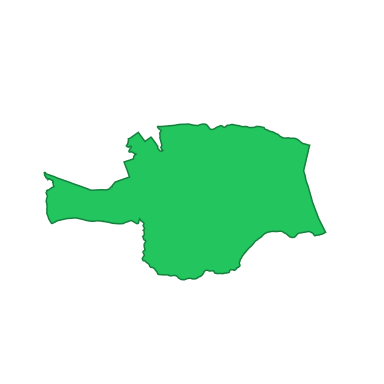 outline of Curtea, Timis, Romania, rotated 34°
{"feature_id": "2599482B40469998650222", "entity_name": "Curtea", "entity_type": "district", "adm_level": 2, "iso_a3": "ROU", "parent_name": "Romania", "parent_adm1": "Timis", "projection": "albers", "projection_center": [22.328, 45.846], "detail": "fine", "context": "isolated", "style": "filled", "palette": "green", "viewbox_px": 384, "rotation_deg": 34, "n_neighbors": 0, "source": "geoboundaries", "source_scale": "gbopen_adm2", "svg_char_len": 6040}
<svg xmlns="http://www.w3.org/2000/svg" viewBox="0 0 384 384"><g transform="rotate(34 192 192)"><path d="M246.0,257.6L246.7,256.0L247.0,253.6L246.8,252.0L246.6,251.4L246.8,250.3L247.2,249.2L247.6,248.8L248.9,248.1L249.8,248.0L249.8,247.9L250.9,247.6L253.8,245.3L254.5,245.5L256.0,246.4L256.7,246.4L257.2,245.9L258.3,245.7L260.7,243.9L263.3,242.4L264.9,240.6L266.6,239.3L267.5,238.1L267.8,237.5L267.3,236.4L267.3,235.8L267.5,235.0L267.9,234.5L268.9,233.8L270.5,233.5L271.1,233.1L271.5,232.4L271.8,230.5L271.8,230.1L271.6,229.8L271.7,229.4L272.7,228.3L273.0,226.4L272.8,225.9L271.7,225.2L270.6,223.9L270.5,222.8L269.7,220.7L269.9,219.8L269.5,216.8L269.6,215.8L269.8,215.0L269.6,214.7L269.6,214.1L269.8,213.5L269.6,213.0L269.9,212.6L270.1,211.4L270.1,209.8L270.4,208.7L270.4,207.3L270.6,206.8L270.7,206.1L271.3,203.9L271.5,202.7L271.8,200.1L271.8,198.6L272.1,196.9L272.9,195.3L273.1,194.8L273.1,193.8L273.6,193.0L274.0,192.1L274.2,191.2L274.6,190.5L274.8,189.4L274.9,188.1L275.5,185.8L275.9,185.3L277.1,183.2L277.8,182.4L278.9,181.5L279.7,180.5L280.9,179.5L282.0,178.9L284.8,177.1L286.8,175.3L287.5,174.8L288.3,174.5L289.8,174.2L291.8,174.3L292.6,173.9L293.3,173.9L297.9,174.5L300.2,173.9L301.5,172.8L302.0,172.6L302.6,171.0L302.9,168.2L303.1,167.3L303.4,166.7L304.3,165.6L305.1,165.0L309.7,160.6L310.2,160.0L310.7,159.6L311.7,159.1L314.4,158.7L315.0,158.6L316.0,158.9L317.7,159.6L318.3,159.6L319.6,158.0L321.7,156.3L322.2,155.4L323.0,154.7L324.2,152.8L325.3,150.7L312.1,143.3L297.8,133.2L286.8,123.8L283.8,121.4L281.5,119.8L279.6,118.3L276.8,115.3L273.7,112.9L272.9,112.1L272.4,111.3L268.9,102.0L268.1,100.3L267.8,99.1L265.4,92.8L264.6,91.0L263.4,87.5L263.2,87.7L259.4,88.8L256.9,89.8L253.8,89.8L252.3,89.5L250.2,89.4L248.0,89.8L247.0,90.1L243.4,92.5L241.4,93.3L239.1,95.3L236.8,96.4L236.0,96.3L233.4,96.6L231.9,96.2L230.6,96.2L229.4,96.6L225.9,96.9L224.8,97.2L222.6,98.1L221.7,98.3L220.4,98.2L219.1,98.8L218.5,98.9L217.2,99.0L215.7,98.3L215.2,98.4L213.8,99.1L212.1,99.6L209.0,101.4L208.5,101.9L208.0,103.0L206.2,104.6L203.1,106.7L201.0,107.1L200.3,107.4L199.9,107.6L198.2,109.0L197.4,109.5L195.6,110.3L193.5,110.8L192.1,111.7L190.0,112.5L188.2,113.2L187.0,113.9L185.8,115.5L185.3,116.0L184.3,116.6L183.8,117.2L183.4,118.5L183.4,118.8L183.3,119.5L182.2,120.5L181.5,120.6L180.6,120.4L179.9,120.4L179.1,120.7L178.5,121.2L178.1,121.6L177.6,122.9L176.5,124.1L175.2,127.1L174.8,127.7L173.8,128.8L173.3,129.2L172.3,129.6L171.3,129.6L167.6,128.3L166.3,128.1L165.3,128.2L163.4,129.3L161.6,131.0L159.6,133.7L155.8,135.8L152.0,137.2L150.5,138.0L148.8,139.4L144.4,142.5L143.0,143.7L140.4,146.3L131.8,153.4L128.5,155.9L127.7,156.2L127.5,156.8L126.9,156.9L126.9,157.2L127.1,157.4L128.3,157.9L129.4,158.2L131.5,158.1L132.1,158.4L132.3,159.3L132.2,160.1L132.4,161.5L132.9,161.8L134.7,164.0L134.9,164.9L135.8,165.6L138.9,168.4L140.4,169.5L140.7,170.2L141.3,171.2L141.4,171.9L141.2,172.2L141.3,172.6L141.8,172.6L142.5,173.1L142.8,173.7L143.7,173.9L144.0,173.7L144.7,173.9L144.0,175.1L143.6,175.5L142.8,175.8L141.8,175.7L138.7,174.6L138.4,173.8L137.8,173.1L136.2,172.7L134.8,172.0L127.6,169.4L127.3,169.5L124.7,176.4L114.1,172.6L110.6,182.0L109.5,183.6L110.7,185.1L110.9,186.1L111.3,186.5L111.6,188.0L111.9,188.6L111.9,189.2L111.6,190.0L111.7,190.3L111.8,190.5L112.5,190.7L114.3,190.4L114.7,190.0L115.0,188.6L115.3,188.3L115.6,188.2L116.1,188.2L116.6,188.5L116.6,188.8L116.5,191.1L116.7,192.7L116.8,193.4L117.5,193.9L117.8,193.9L118.2,193.7L119.0,192.7L121.2,192.2L122.7,192.3L124.1,191.8L124.5,191.9L124.3,192.6L123.8,193.4L123.7,194.3L124.8,197.5L118.9,205.1L126.5,210.5L131.8,214.5L122.8,226.6L122.3,231.5L122.8,232.4L122.2,232.9L121.9,233.7L121.9,235.1L121.7,235.9L120.8,236.8L120.3,237.7L119.5,238.4L116.7,240.1L112.9,242.8L107.8,246.7L106.0,247.4L104.4,247.6L97.1,249.4L86.9,252.1L86.3,252.1L72.6,255.7L68.8,256.4L60.0,258.8L60.0,258.1L59.9,258.0L59.3,258.4L59.1,258.1L58.8,258.2L58.7,258.6L58.8,258.8L59.7,259.4L60.2,260.3L60.5,260.5L61.5,261.0L62.0,261.1L62.5,261.5L63.3,261.8L63.8,261.5L64.2,261.7L64.5,262.1L65.1,262.0L65.5,261.5L65.8,261.6L65.9,261.9L66.5,260.7L68.1,260.8L69.1,260.7L70.0,260.3L70.9,260.8L70.8,261.0L71.0,261.4L70.9,261.6L71.1,262.0L72.4,262.8L73.0,263.7L73.8,264.3L74.3,264.5L74.5,264.8L74.5,265.2L74.0,265.7L73.1,267.2L71.9,270.8L71.3,271.0L70.8,272.2L71.4,272.5L71.5,274.2L71.8,274.6L72.6,274.9L73.4,275.6L74.2,276.0L74.8,276.9L75.1,278.6L76.4,281.4L77.4,282.2L78.9,283.7L80.3,285.5L81.2,287.3L83.3,290.2L83.5,290.7L83.7,291.0L86.8,293.1L87.4,293.7L89.0,294.8L89.4,294.8L90.9,295.7L91.6,295.9L92.9,296.5L93.4,296.5L94.4,295.1L96.5,291.1L101.3,285.9L102.9,284.2L110.3,278.3L119.0,275.0L119.4,275.0L122.9,273.6L126.5,271.5L129.6,268.8L133.5,266.6L134.5,266.1L134.8,266.2L134.9,265.8L135.1,265.7L136.9,265.1L138.0,264.5L141.5,263.1L143.6,262.4L148.3,259.7L150.6,258.2L152.4,256.8L152.8,256.4L153.4,255.1L154.0,254.1L155.1,252.9L157.3,249.8L157.8,249.5L163.9,249.1L164.8,248.4L165.0,248.0L165.0,247.6L164.9,247.3L164.4,246.6L164.0,244.9L163.6,243.9L163.6,243.4L164.7,244.0L166.1,244.5L166.7,244.3L168.6,244.5L169.2,244.6L170.0,245.2L170.1,247.0L171.2,247.7L172.3,248.2L172.3,248.5L173.0,248.9L173.3,249.5L173.2,250.2L172.9,251.0L174.0,251.2L174.5,251.6L176.3,254.1L176.3,255.2L176.0,256.5L177.3,257.0L177.8,257.9L178.7,258.4L179.5,258.5L180.2,258.2L180.5,258.2L180.7,258.5L181.3,258.9L181.3,259.1L181.5,261.9L181.8,262.5L182.2,263.1L183.0,264.1L185.4,266.3L185.4,267.0L184.8,268.2L184.9,269.2L185.5,269.7L186.6,270.1L187.1,270.6L187.9,271.1L187.9,274.9L189.1,275.9L189.8,276.2L190.1,276.2L191.1,275.4L191.4,275.4L192.3,275.7L196.6,276.0L197.3,276.2L198.4,277.2L199.4,277.4L199.9,277.5L201.5,276.7L202.2,276.5L204.1,276.6L204.6,276.7L204.9,277.1L207.2,277.7L208.7,278.5L209.5,279.1L210.3,279.1L214.1,277.0L218.3,274.2L219.6,274.1L221.1,273.6L222.8,272.0L224.5,270.7L226.0,270.3L226.8,270.3L227.7,270.4L229.0,270.9L231.6,270.6L232.2,270.5L234.7,269.1L236.3,266.7L238.0,265.0L239.1,264.3L240.8,263.9L243.0,262.4L243.6,261.9L244.0,261.3L244.9,259.6L245.3,258.0L246.0,257.6Z" fill="#22c55e" stroke="#15803d" stroke-width="1.5"/></g></svg>